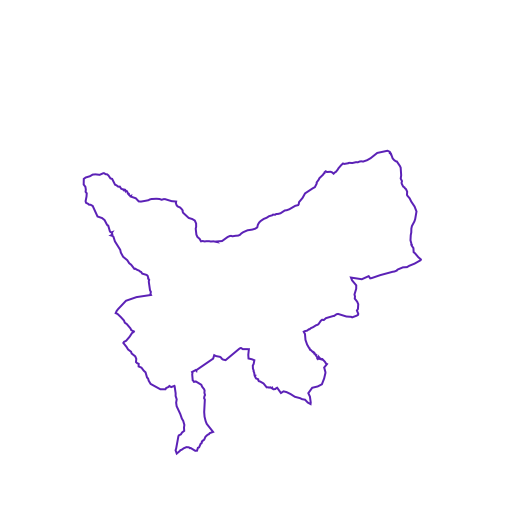 Chirpar, Sibiu, Romania (orthographic projection), rotated 239°
{"feature_id": "2599482B69447881154639", "entity_name": "Chirpar", "entity_type": "district", "adm_level": 2, "iso_a3": "ROU", "parent_name": "Romania", "parent_adm1": "Sibiu", "projection": "orthographic", "projection_center": [24.592, 45.895], "detail": "fine", "context": "isolated", "style": "outline", "palette": "violet", "viewbox_px": 512, "rotation_deg": 239, "n_neighbors": 0, "source": "geoboundaries", "source_scale": "gbopen_adm2", "svg_char_len": 6142}
<svg xmlns="http://www.w3.org/2000/svg" viewBox="0 0 512 512"><g transform="rotate(239 256 256)"><path d="M278.5,422.9L281.9,413.0L280.8,404.6L280.9,400.5L281.8,396.4L282.9,395.1L283.6,393.5L283.9,391.5L284.9,390.1L286.1,386.4L287.8,384.0L288.1,383.1L288.0,382.8L289.5,379.0L290.5,378.2L290.0,375.8L288.7,371.8L288.0,370.6L287.0,367.9L287.0,366.5L286.6,364.9L288.5,364.3L289.8,363.3L291.5,360.0L292.7,359.4L292.5,358.0L291.7,357.3L291.8,356.5L291.2,355.5L290.0,350.3L289.2,349.2L287.8,345.9L286.8,345.3L284.7,341.9L284.8,339.4L284.4,330.3L281.8,325.8L280.0,320.6L278.5,319.4L277.9,318.4L278.8,315.5L278.9,308.6L279.4,306.0L280.2,304.1L280.0,299.0L280.7,296.6L281.6,294.9L281.5,293.7L282.7,291.9L282.5,291.0L283.4,287.7L283.3,284.8L283.8,281.7L283.6,278.1L283.1,276.0L281.9,273.8L279.9,271.8L279.8,269.4L280.6,266.3L282.4,262.0L283.0,257.3L282.9,255.0L282.4,253.0L282.7,251.2L284.0,248.6L285.0,246.0L286.1,245.0L286.6,243.9L286.9,241.5L286.3,234.6L289.0,229.2L288.4,229.4L290.4,227.2L291.7,224.7L292.8,223.5L294.3,221.0L294.9,219.5L296.3,218.0L296.9,216.4L299.7,216.5L302.5,215.6L305.0,215.9L310.5,218.4L311.8,219.7L314.7,221.4L317.9,221.8L320.5,220.4L323.3,217.9L330.6,215.8L331.9,216.0L332.8,216.6L334.7,216.4L336.7,215.9L338.8,214.4L340.2,214.1L342.5,214.5L343.8,215.6L346.5,211.9L351.6,207.3L352.3,206.1L352.8,204.1L354.5,202.7L356.3,200.2L358.7,195.7L359.2,193.9L359.2,192.6L360.2,189.8L361.9,185.4L363.2,183.6L367.4,182.7L371.4,179.3L371.8,179.7L371.8,179.4L372.4,179.0L373.9,178.6L374.3,178.8L374.3,178.6L375.5,178.3L375.8,178.6L378.1,178.7L378.5,178.2L379.3,178.0L379.1,177.7L380.2,177.9L380.7,177.4L380.6,176.9L381.0,176.7L380.8,176.5L381.6,176.3L383.0,175.1L385.6,175.0L386.4,173.6L388.5,172.8L389.7,171.9L396.2,172.4L397.5,171.2L401.0,171.0L402.6,170.5L403.6,169.2L405.1,168.5L405.6,167.8L406.1,163.8L408.7,160.4L409.9,157.9L409.9,154.8L411.0,150.5L410.8,148.1L406.0,145.1L403.2,145.4L400.5,144.3L398.8,143.0L396.9,143.2L394.2,141.3L390.8,138.2L389.2,137.7L387.1,139.0L386.0,139.3L385.1,140.6L383.0,141.8L371.5,140.5L367.8,143.6L364.8,144.7L359.7,144.4L358.8,144.5L358.2,145.0L352.5,143.5L351.4,143.6L350.6,144.5L350.5,145.0L350.2,144.4L348.6,144.0L348.6,143.3L348.1,143.1L348.2,142.4L346.9,143.5L345.8,143.7L341.2,142.6L331.3,142.8L328.5,141.9L323.8,141.7L318.7,143.5L315.1,143.6L312.8,144.5L307.6,145.1L307.3,146.0L305.8,146.7L303.4,148.4L302.4,148.6L301.5,149.3L299.5,149.4L296.1,152.5L294.8,152.9L292.1,152.2L292.0,151.9L290.5,152.1L289.7,151.2L288.6,150.6L281.2,147.5L279.4,147.4L277.8,146.0L276.7,145.9L282.3,132.4L284.6,121.5L281.6,110.7L280.7,108.3L279.3,106.3L277.6,107.5L273.2,108.7L268.7,109.6L266.4,109.2L264.2,110.2L258.6,111.1L256.6,110.9L254.2,112.5L253.9,112.1L253.8,110.0L251.9,106.1L250.2,101.0L250.4,98.7L249.8,97.5L244.6,98.2L241.8,98.2L238.3,99.6L236.5,99.2L232.2,100.8L229.5,100.4L226.9,98.5L225.4,98.9L224.0,99.9L221.8,98.5L219.3,100.3L215.5,100.7L213.2,101.4L207.9,100.0L206.6,100.4L204.4,99.8L200.6,99.8L191.0,105.4L188.4,109.7L189.1,111.0L188.8,113.7L189.2,114.8L187.3,115.8L186.7,119.2L186.4,119.2L179.7,116.4L177.4,115.0L174.0,114.2L171.4,112.0L168.1,110.6L159.5,109.7L154.8,108.7L152.2,108.7L148.1,107.6L146.0,105.9L143.1,104.4L142.8,101.7L141.8,99.8L142.0,97.4L141.3,96.5L132.1,88.4L130.9,87.0L127.5,86.3L128.1,90.3L128.5,91.2L128.2,92.3L128.4,95.1L128.0,97.9L126.6,99.9L125.3,100.4L125.1,101.1L120.3,103.6L119.5,105.2L121.5,107.4L121.3,108.7L123.6,111.9L123.5,112.7L123.8,113.3L124.9,114.1L124.8,114.7L125.2,115.2L125.2,116.9L127.1,119.6L127.7,122.4L127.5,123.8L128.0,125.1L127.3,128.6L137.5,127.3L140.4,127.8L144.7,129.1L148.9,131.2L159.3,138.2L160.9,138.3L162.3,139.5L163.1,140.7L165.3,141.3L167.1,142.6L168.5,142.9L171.7,142.5L173.8,142.8L179.5,139.8L179.6,138.9L180.2,137.9L181.1,138.1L182.0,137.7L187.3,140.3L188.5,141.3L189.5,141.4L189.3,145.6L188.3,145.8L188.9,146.3L190.1,166.4L192.5,169.1L190.9,170.1L188.1,173.2L186.7,173.8L185.7,173.7L184.2,174.4L182.4,176.3L185.1,193.9L185.1,195.2L184.8,195.8L183.0,196.7L179.8,201.9L175.3,198.5L172.0,196.8L169.6,199.3L167.5,200.9L164.7,198.4L163.7,196.8L161.1,195.4L159.1,195.0L158.3,194.5L157.1,194.4L154.4,193.3L154.0,193.7L153.8,193.2L152.0,193.0L151.0,193.0L149.2,194.4L148.1,193.9L147.2,194.0L146.3,194.9L142.9,196.8L137.9,197.5L137.3,198.7L136.4,199.4L136.2,200.5L135.0,201.1L134.9,202.1L133.7,201.8L132.7,202.4L132.0,204.1L132.3,205.2L132.2,206.3L125.7,206.8L125.8,209.9L123.6,212.1L119.9,214.5L115.3,216.8L111.4,220.6L109.6,221.7L107.6,224.0L103.7,224.9L101.0,226.5L102.3,227.5L107.7,229.8L111.5,230.2L114.1,236.3L112.4,241.7L112.1,246.4L115.9,251.3L119.9,255.2L120.7,255.7L125.3,257.0L126.8,261.2L127.9,260.6L129.8,260.6L133.5,259.8L133.7,259.2L135.4,258.1L136.6,257.9L135.6,257.5L135.1,258.1L134.2,258.3L136.0,256.6L135.8,255.9L136.6,255.7L137.4,256.3L140.5,256.1L140.7,256.5L142.4,255.6L142.7,255.8L142.5,256.1L143.0,256.2L144.3,255.7L144.3,255.3L147.3,254.5L147.6,254.1L148.1,254.0L149.2,254.4L149.9,254.1L153.8,254.2L158.6,255.2L163.9,257.8L166.5,257.9L166.5,258.9L165.7,261.4L166.0,263.5L165.6,264.1L165.9,265.9L165.6,268.3L165.7,271.7L165.3,273.5L165.5,274.7L167.1,278.2L167.3,279.9L166.2,281.1L166.7,284.0L164.7,291.6L164.4,291.9L164.6,295.0L164.1,296.5L157.6,302.3L154.8,306.3L153.9,306.8L153.0,311.5L153.0,313.2L153.8,313.9L157.3,314.4L158.1,316.1L162.0,318.8L164.7,319.2L168.6,318.7L170.3,320.0L172.3,320.6L176.3,325.0L179.2,326.8L185.7,325.8L188.6,326.3L181.6,334.7L180.7,342.2L178.0,342.4L177.5,343.8L175.6,352.7L172.1,365.0L171.4,366.7L171.0,369.2L171.3,369.6L171.4,370.7L170.6,376.1L168.7,379.7L168.7,382.2L167.8,388.0L167.6,395.6L167.4,395.8L171.4,394.5L176.4,393.7L178.1,393.1L181.7,395.0L184.7,394.8L185.2,395.3L185.8,395.0L186.7,395.6L189.9,396.5L194.2,399.4L196.2,401.2L199.5,403.3L201.4,405.1L204.0,409.5L205.6,411.4L211.5,416.5L216.7,417.4L222.7,417.1L226.3,417.4L230.0,416.8L230.8,417.0L233.3,418.7L236.1,419.0L237.5,418.5L238.3,418.6L239.7,417.9L242.5,418.1L243.7,418.4L245.0,419.7L247.8,419.9L250.4,422.0L257.2,425.5L259.0,425.7L264.5,425.4L265.2,424.6L267.1,423.8L269.3,423.4L273.9,424.3L273.9,424.0L274.7,424.1L275.2,423.7L275.8,424.3L276.4,424.3L278.5,422.9Z" fill="none" stroke="#5b21b6" stroke-width="2"/></g></svg>